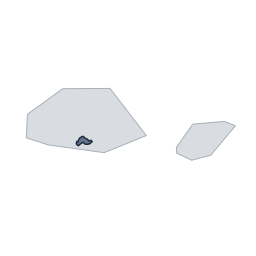 Swieqi on a map of Malta (Natural Earth projection), rotated 143°
{"feature_id": "MLT-5933", "entity_name": "Swieqi", "entity_type": "state/province", "adm_level": 1, "iso_a3": "MLT", "parent_name": "Malta", "parent_adm1": "", "projection": "natural_earth1", "projection_center": [14.47, 35.92], "detail": "fine", "context": "in_parent", "style": "filled", "palette": "slate", "viewbox_px": 256, "rotation_deg": 143, "n_neighbors": 0, "source": "natural_earth", "source_scale": "10m", "svg_char_len": 653}
<svg xmlns="http://www.w3.org/2000/svg" viewBox="0 0 256 256"><g transform="rotate(143 128 128)"><path d="M215.1,181.3L200.0,199.5L156.5,198.7L118.5,170.4L118.0,111.0L161.9,122.7L201.9,162.5L215.1,181.3ZM101.0,83.4L73.9,92.1L47.1,75.3L40.9,65.1L78.3,56.5L96.6,64.0L104.3,78.6L101.0,83.4Z" fill="#d9dde1" stroke="#a8b0b8" stroke-width="1"/><path d="M164.9,138.7L168.3,138.5L170.4,139.5L172.0,141.0L172.5,143.5L174.3,144.0L178.0,143.7L178.8,144.6L178.7,146.6L177.1,148.0L176.2,147.0L175.0,148.1L172.7,149.0L170.0,148.8L168.8,148.3L168.4,145.6L167.3,143.8L166.9,141.2L164.9,140.3L164.9,138.7Z" fill="#64748b" stroke="#1e293b" stroke-width="1.5"/></g></svg>